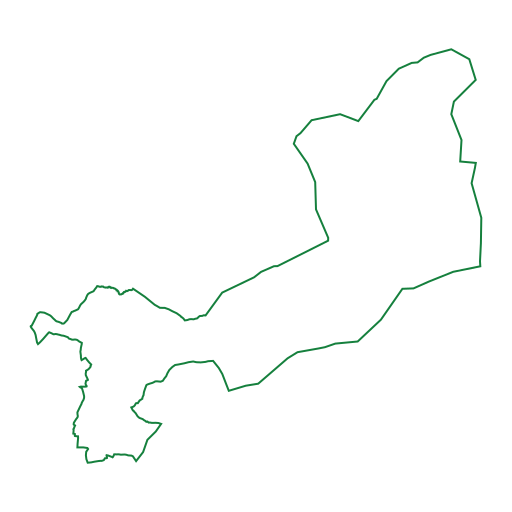 Oyo East, Oyo, Nigeria (orthographic projection)
{"feature_id": "59680162B21986463159939", "entity_name": "Oyo East", "entity_type": "district", "adm_level": 2, "iso_a3": "NGA", "parent_name": "Nigeria", "parent_adm1": "Oyo", "projection": "orthographic", "projection_center": [3.95, 7.875], "detail": "fine", "context": "isolated", "style": "outline", "palette": "green", "viewbox_px": 512, "rotation_deg": 0, "n_neighbors": 0, "source": "geoboundaries", "source_scale": "gbopen_adm2", "svg_char_len": 5798}
<svg xmlns="http://www.w3.org/2000/svg" viewBox="0 0 512 512"><path d="M451.3,49.3L430.6,54.9L423.8,57.7L417.6,62.4L411.7,62.9L398.8,68.7L386.5,81.1L376.7,98.8L374.4,99.8L358.3,121.1L340.1,114.2L311.6,120.2L300.5,133.1L296.5,136.2L293.8,143.8L307.6,163.6L315.2,182.1L316.0,209.4L328.2,237.8L328.1,240.7L277.5,266.1L274.0,266.2L261.0,271.9L254.1,277.3L222.2,292.6L205.6,315.4L205.1,315.2L204.5,315.4L203.6,315.3L202.2,315.9L199.9,316.0L198.7,316.8L198.0,317.6L197.1,318.4L195.1,318.8L193.7,319.3L191.0,319.1L189.3,319.3L187.5,320.0L186.3,320.2L184.8,320.4L183.5,318.6L182.0,317.3L181.5,317.2L180.5,316.0L176.6,313.2L172.3,311.2L168.8,309.3L164.8,307.9L159.9,307.8L156.7,305.9L154.7,304.8L144.9,296.8L133.0,288.7L132.2,289.8L131.6,290.1L130.8,290.1L130.0,290.0L128.6,290.1L127.9,290.8L127.4,291.0L127.2,291.1L126.6,291.0L126.1,290.8L125.8,291.4L125.1,291.9L124.7,291.8L124.4,292.1L124.2,291.9L123.9,292.0L123.4,292.7L123.0,293.0L122.9,293.3L123.0,293.6L122.8,293.7L122.6,293.6L122.4,293.9L121.9,293.9L121.5,294.2L121.2,294.4L120.7,294.3L120.0,294.5L119.8,294.4L119.6,294.4L119.3,294.2L119.0,293.8L118.8,293.4L118.9,293.0L118.6,292.1L118.3,291.5L118.0,291.3L117.7,291.3L117.7,290.7L116.8,290.3L116.5,290.3L116.4,290.0L116.5,289.7L116.0,289.5L115.7,289.1L115.0,288.8L114.9,288.6L114.6,288.4L113.9,288.4L113.2,287.9L112.1,287.8L111.6,287.6L111.2,287.9L110.8,287.6L110.5,287.7L110.3,287.5L110.1,287.3L109.9,286.8L109.6,286.7L108.8,287.3L108.5,287.4L108.3,287.1L107.9,287.5L107.7,287.4L107.5,287.6L107.3,287.5L107.0,287.6L106.0,287.4L105.5,287.6L103.9,287.2L103.5,287.0L103.0,286.5L102.6,286.6L101.7,286.4L101.4,286.6L101.0,286.8L100.8,286.7L100.6,286.7L100.5,286.8L99.8,286.8L99.0,286.6L98.8,286.4L98.4,286.3L97.2,286.1L96.3,287.5L94.6,289.6L94.1,290.5L93.8,290.9L93.2,291.4L90.2,292.7L89.1,293.3L88.1,294.0L87.5,294.8L87.1,295.5L86.1,297.8L86.0,298.4L85.7,299.1L84.8,300.4L83.6,301.8L80.9,304.3L80.0,305.7L79.5,306.8L78.9,307.9L78.2,309.1L78.0,309.3L75.0,310.7L74.5,310.8L73.4,311.3L73.0,311.6L72.2,311.8L71.7,312.0L70.2,314.5L67.5,319.6L67.3,320.0L64.3,323.1L63.8,323.5L63.4,323.6L62.3,323.6L62.0,323.6L61.7,323.4L61.4,323.0L59.7,322.3L58.7,321.9L56.5,321.3L55.5,320.6L55.1,320.1L53.3,318.5L51.4,316.5L50.6,315.8L49.7,315.2L47.4,314.1L44.4,312.7L42.1,312.4L40.1,312.2L39.6,312.4L37.4,313.8L37.3,314.0L37.3,314.5L36.8,315.7L36.3,316.7L36.0,317.2L34.2,320.9L31.7,325.7L31.3,326.0L30.8,326.1L30.7,326.6L31.4,327.8L34.0,331.1L34.8,332.7L35.6,335.0L36.1,337.7L36.9,341.7L37.1,342.6L38.0,344.1L40.0,342.3L43.2,338.9L47.7,333.7L48.8,332.5L49.2,332.3L51.4,333.2L53.3,334.2L53.9,334.3L54.9,334.1L55.8,334.0L57.4,334.3L58.4,334.6L59.1,334.7L61.6,335.5L63.4,335.7L64.4,336.0L67.8,337.2L68.1,337.5L68.6,338.2L68.9,338.5L69.3,338.7L70.4,339.0L72.1,339.7L73.3,339.7L73.8,339.6L74.6,339.5L75.3,339.5L76.8,339.8L77.4,340.1L78.1,340.6L79.2,341.5L79.6,341.7L81.1,342.5L81.8,342.8L81.8,343.1L81.7,344.3L81.4,345.5L80.9,347.8L80.7,349.9L80.4,351.3L80.4,351.9L80.9,355.6L80.9,357.1L81.1,358.5L81.2,359.0L81.6,360.1L83.0,359.3L84.4,358.4L85.4,357.9L85.6,357.9L87.0,359.8L88.8,362.0L89.6,362.9L91.2,364.5L91.0,365.0L90.7,365.5L90.5,365.9L90.6,366.6L90.4,367.0L88.9,368.8L88.2,369.4L87.4,369.9L86.0,370.7L86.0,371.0L86.1,371.5L85.7,373.6L85.8,375.2L87.1,377.9L87.9,379.8L87.8,380.1L86.2,380.7L86.0,380.9L85.8,382.2L85.5,383.7L85.9,384.9L86.6,385.9L86.6,386.4L86.0,386.6L84.5,386.7L82.7,386.7L81.7,386.6L80.8,386.6L79.8,386.9L80.5,387.5L81.6,387.9L81.8,388.2L82.1,388.7L83.1,391.9L83.7,394.4L84.1,396.1L84.1,396.8L84.1,397.5L84.0,398.2L83.4,400.0L82.5,401.4L81.7,403.0L81.5,403.9L80.2,406.4L78.6,409.8L77.6,411.9L77.4,412.5L77.5,414.3L77.8,415.9L77.7,416.7L77.6,417.1L76.8,418.3L76.2,419.0L74.5,421.7L73.9,422.7L73.7,423.8L73.7,424.5L74.1,424.9L74.9,425.3L75.1,425.5L74.8,426.0L74.6,426.7L74.3,427.1L74.0,428.2L73.7,428.6L73.5,428.9L73.4,429.3L73.6,429.5L73.6,430.2L73.5,431.7L73.3,433.6L74.7,433.9L74.9,434.0L74.8,435.8L74.9,436.0L75.5,436.1L76.5,436.2L77.0,436.3L78.0,436.3L78.1,438.0L77.6,443.6L77.4,447.4L83.3,447.4L87.4,448.0L88.1,449.0L86.2,451.8L85.9,455.3L86.4,459.2L87.7,462.7L91.1,462.4L94.4,461.7L98.8,461.0L101.1,460.8L101.6,460.9L102.5,460.6L103.8,460.1L104.9,458.3L106.7,458.2L107.0,458.0L106.8,456.5L106.5,455.6L106.6,455.2L108.1,455.5L111.5,456.8L112.1,457.0L112.6,457.3L112.9,457.0L113.8,455.4L114.2,454.3L115.1,454.3L116.5,454.4L118.7,454.3L120.9,454.7L124.7,454.5L126.5,454.8L128.2,455.4L131.5,455.6L132.9,456.3L136.1,461.1L143.1,452.1L147.4,439.8L155.8,431.5L161.1,423.9L158.4,423.0L155.6,422.8L152.0,422.9L149.8,422.5L148.7,422.6L147.4,421.5L147.1,421.5L146.8,421.8L146.3,421.8L145.9,421.5L145.2,420.8L144.2,420.3L142.7,419.1L139.4,417.9L137.6,416.3L135.6,413.1L134.3,411.8L133.6,410.8L132.9,410.5L131.3,407.4L132.4,407.0L132.9,406.8L133.5,406.6L134.3,405.9L134.9,405.2L135.1,404.8L135.4,404.2L135.8,403.5L136.1,403.2L136.9,403.1L137.8,403.2L138.0,403.0L138.3,402.3L139.3,401.2L139.3,400.8L139.6,400.5L140.4,399.9L141.0,399.7L141.7,399.1L142.0,399.0L142.3,398.8L142.4,397.8L142.9,396.4L143.6,395.0L143.6,394.5L143.7,393.8L143.9,392.3L144.1,391.6L145.1,388.6L145.4,387.8L146.2,385.6L146.5,385.0L147.4,384.5L149.9,383.6L152.3,382.9L153.9,382.2L154.6,381.7L155.4,381.4L157.0,381.3L160.6,381.7L162.8,380.8L164.4,378.4L166.2,376.2L167.4,373.3L169.3,370.0L172.3,367.0L175.1,365.0L178.3,364.5L184.3,363.3L188.5,362.2L193.2,361.5L196.3,362.2L200.7,362.4L205.5,361.9L208.1,361.2L213.1,360.9L218.8,368.0L222.3,374.0L226.1,383.9L228.8,390.8L245.8,385.7L258.2,383.7L287.6,358.3L297.5,352.2L318.3,348.5L324.9,347.2L335.3,343.6L357.7,341.5L380.9,319.7L402.4,288.8L413.5,288.4L428.8,281.6L453.2,271.8L480.3,266.3L480.0,261.4L480.9,243.2L481.3,217.8L471.6,183.2L474.9,168.1L475.8,162.9L460.2,161.5L461.5,140.0L451.3,114.2L453.9,101.6L475.7,79.9L469.3,59.2L451.3,49.3Z" fill="none" stroke="#15803d" stroke-width="2"/></svg>